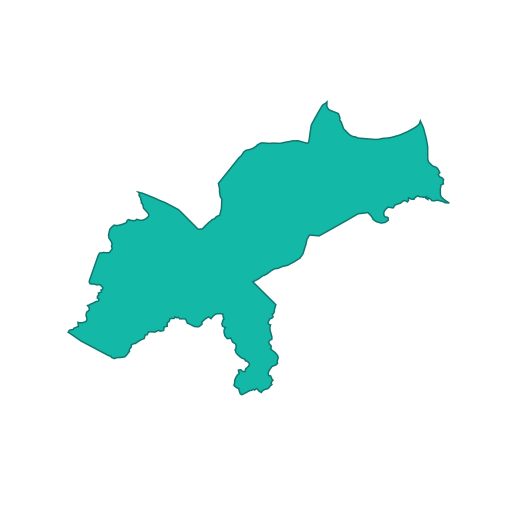 Camaquã, Rio Grande do Sul, Brazil (Natural Earth projection), rotated 257°
{"feature_id": "56859067B61362337582377", "entity_name": "Camaquã", "entity_type": "district", "adm_level": 2, "iso_a3": "BRA", "parent_name": "Brazil", "parent_adm1": "Rio Grande do Sul", "projection": "natural_earth1", "projection_center": [-51.838, -30.928], "detail": "fine", "context": "isolated", "style": "filled", "palette": "teal", "viewbox_px": 512, "rotation_deg": 257, "n_neighbors": 0, "source": "geoboundaries", "source_scale": "gbopen_adm2", "svg_char_len": 4961}
<svg xmlns="http://www.w3.org/2000/svg" viewBox="0 0 512 512"><g transform="rotate(257 256 256)"><path d="M131.1,244.6L132.3,243.9L135.9,243.3L136.6,241.4L139.6,241.6L142.1,243.7L144.8,246.7L145.4,251.1L146.6,252.9L148.5,252.9L152.0,254.8L154.3,254.6L157.6,252.9L162.0,249.3L163.1,250.1L165.1,250.5L167.7,249.1L169.4,249.0L170.8,250.5L171.3,252.7L173.7,253.3L180.3,253.0L183.5,253.5L185.6,254.7L186.5,253.1L188.3,252.6L191.6,255.2L191.9,257.5L192.7,258.9L195.6,258.7L196.1,260.2L197.8,261.4L199.9,262.0L204.1,264.4L231.5,247.1L233.1,253.2L235.3,258.1L235.3,259.9L236.3,263.3L238.0,266.8L239.4,271.0L239.0,274.5L239.9,279.8L239.8,284.5L241.8,292.0L244.1,298.4L247.5,302.2L256.2,307.3L260.8,309.4L264.4,312.8L261.4,322.1L270.0,351.5L274.2,365.1L273.9,367.2L273.3,373.1L273.2,374.8L268.7,377.4L265.2,378.4L263.3,380.0L262.0,381.6L259.9,385.4L259.7,389.3L261.0,392.8L263.3,393.4L264.4,392.5L264.9,390.7L266.4,389.9L268.2,389.9L270.1,390.6L271.8,392.1L273.9,395.6L272.0,400.5L274.5,403.0L275.0,408.7L276.7,412.1L276.4,413.9L274.7,415.6L275.6,417.0L278.4,417.7L276.4,420.3L275.7,422.7L277.1,424.0L278.3,427.0L277.1,428.4L275.4,433.0L275.5,435.3L274.1,434.4L272.4,436.3L274.1,436.6L272.8,438.4L270.3,439.9L269.7,442.0L269.5,445.5L267.1,450.2L265.5,452.0L264.1,456.2L268.5,452.1L271.7,449.9L273.6,449.4L279.8,450.6L283.6,452.3L284.1,454.8L286.1,454.9L288.3,456.0L290.6,454.6L291.9,452.6L294.4,451.9L296.0,453.9L298.4,453.2L300.3,452.6L301.5,451.9L302.8,450.2L304.0,448.3L305.7,447.2L309.0,445.2L312.1,445.2L324.0,447.9L331.6,448.3L343.1,448.0L350.7,446.5L348.1,445.0L346.7,442.8L346.0,441.2L345.3,439.5L343.1,431.8L341.5,423.0L341.1,414.6L341.4,409.9L342.1,405.8L342.1,401.5L343.0,397.5L348.0,381.9L349.6,379.8L350.6,377.3L352.9,374.5L360.2,370.0L367.7,369.1L369.5,368.1L371.9,368.9L376.2,368.3L382.0,360.1L384.1,359.0L386.2,358.7L388.2,359.3L390.2,359.8L389.3,358.3L387.9,354.6L381.4,348.4L372.7,340.6L370.5,339.0L355.2,333.1L354.2,331.4L358.8,323.0L360.0,317.6L360.0,314.5L360.2,311.2L360.3,308.1L360.3,304.8L361.2,301.6L361.9,299.1L362.4,296.7L362.6,294.7L363.6,291.5L365.0,286.9L364.7,284.9L363.9,282.3L362.6,280.2L361.4,276.5L361.2,273.8L361.2,269.9L360.1,267.5L357.1,264.4L355.4,261.3L348.9,253.1L336.2,237.0L335.2,235.7L329.4,235.6L327.3,235.0L325.8,234.8L324.1,234.7L322.1,234.6L318.8,235.5L316.0,234.6L313.7,234.0L309.5,232.8L307.8,231.8L303.9,229.8L303.3,226.3L301.6,223.9L301.3,221.4L300.3,219.8L299.3,217.6L297.5,214.6L294.4,209.6L294.9,207.5L294.9,205.8L305.9,198.9L307.8,197.7L314.8,193.4L318.6,190.9L328.0,180.1L332.6,173.5L334.9,170.7L342.6,159.7L344.7,155.6L343.1,156.6L341.7,155.6L338.2,156.6L336.6,156.4L335.1,156.7L333.6,156.2L332.3,157.0L330.3,157.3L328.0,157.1L322.8,160.0L321.0,160.8L319.3,160.6L317.8,158.7L316.9,156.4L316.3,153.2L317.3,150.2L318.6,148.1L317.6,146.0L318.6,142.7L320.2,139.8L319.4,138.3L317.7,137.3L317.3,135.5L316.8,131.4L316.9,127.4L318.0,124.7L316.8,122.2L314.8,119.5L309.5,117.0L306.4,116.8L302.1,118.4L299.6,118.4L298.3,117.4L295.2,117.5L292.3,113.8L292.9,110.6L293.7,108.5L294.0,104.2L291.9,102.3L269.4,88.1L267.9,87.6L266.1,88.3L265.0,92.1L263.7,94.3L263.3,97.3L261.8,98.5L259.6,99.7L258.0,98.9L257.7,97.3L255.6,97.3L255.3,94.1L253.3,94.0L252.5,92.5L250.8,91.9L249.2,93.4L247.6,92.3L247.5,89.3L246.7,86.5L246.4,84.2L245.7,82.4L245.7,80.7L242.9,81.9L240.5,81.1L239.7,78.8L238.6,77.9L235.8,76.9L233.8,77.3L231.8,76.9L230.4,75.5L230.0,72.1L230.7,69.0L231.4,67.6L227.3,67.1L226.6,62.4L225.5,61.2L225.7,57.6L224.0,55.8L221.1,58.6L212.4,66.5L199.6,81.3L192.0,90.1L191.2,91.8L189.6,92.4L187.9,95.0L188.3,97.3L187.6,101.1L187.3,104.0L187.4,105.8L188.6,107.6L191.7,111.4L193.4,111.4L195.4,114.0L197.4,114.4L198.1,117.2L197.9,118.9L199.0,121.4L200.3,125.4L200.8,128.6L202.8,129.6L204.1,130.4L203.7,132.2L206.2,134.2L205.6,137.2L204.6,140.4L205.5,144.3L204.3,145.7L204.2,149.2L207.5,150.6L207.5,153.7L210.8,154.4L212.1,157.0L214.3,157.9L213.9,160.6L213.6,162.2L214.9,163.5L213.7,164.7L213.7,166.6L211.9,167.5L211.1,171.3L210.4,173.2L206.0,174.0L204.5,176.2L201.1,180.1L199.9,184.2L200.8,186.5L201.9,188.2L203.7,188.2L205.3,191.0L206.2,192.7L207.4,196.1L205.0,198.1L206.8,200.2L208.3,203.1L208.5,205.2L207.9,208.1L206.8,210.7L203.7,210.3L201.9,210.7L201.0,209.4L197.4,207.4L195.1,207.6L193.0,210.1L191.6,208.5L189.0,207.7L185.4,207.7L181.9,209.4L181.6,213.0L177.4,213.8L175.2,216.1L174.0,216.6L170.6,215.8L169.4,214.5L166.3,214.8L164.1,215.9L161.9,217.4L159.9,219.0L157.8,222.1L156.3,222.0L155.5,223.6L153.8,224.9L152.0,225.4L150.0,223.6L148.4,220.6L145.8,219.3L146.5,217.0L148.6,215.6L148.8,213.2L145.0,213.0L144.2,211.1L142.0,208.9L139.7,207.3L137.5,206.7L134.7,205.4L132.2,207.4L130.5,209.5L129.0,209.3L125.3,209.7L124.1,210.7L124.4,212.7L125.1,215.5L126.2,219.5L126.2,221.6L126.7,223.3L125.7,224.5L126.8,226.7L125.4,227.7L123.6,228.6L121.8,230.5L122.9,231.6L123.7,233.2L124.0,235.0L124.0,237.1L124.5,238.7L126.1,240.5L127.2,242.6L128.5,242.1L130.1,243.0L131.1,244.6Z" fill="#14b8a6" stroke="#0f766e" stroke-width="1.5"/></g></svg>